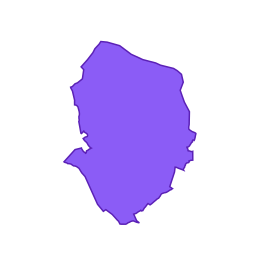 Ehime-Mbano, Imo, Nigeria, rotated 332°
{"feature_id": "59680162B95469939765095", "entity_name": "Ehime-Mbano", "entity_type": "district", "adm_level": 2, "iso_a3": "NGA", "parent_name": "Nigeria", "parent_adm1": "Imo", "projection": "robinson", "projection_center": [7.283, 5.671], "detail": "fine", "context": "isolated", "style": "filled", "palette": "violet", "viewbox_px": 256, "rotation_deg": 332, "n_neighbors": 0, "source": "geoboundaries", "source_scale": "gbopen_adm2", "svg_char_len": 2824}
<svg xmlns="http://www.w3.org/2000/svg" viewBox="0 0 256 256"><g transform="rotate(332 128 128)"><path d="M138.8,202.4L137.3,199.4L148.4,188.7L151.2,184.7L152.3,185.5L153.8,187.4L156.5,190.4L157.3,191.4L157.3,190.5L158.0,190.0L159.7,189.1L159.9,188.7L160.3,188.3L161.2,187.8L161.6,187.1L162.8,186.6L163.4,186.4L163.9,186.6L164.6,186.8L165.1,186.9L165.4,187.0L165.6,186.9L166.4,186.3L166.4,185.8L168.2,186.0L170.1,186.8L174.2,179.0L173.5,178.9L172.8,178.5L172.2,177.9L171.5,177.1L170.4,176.4L170.4,176.1L170.9,175.0L170.9,174.2L170.9,173.2L171.0,172.6L172.5,173.0L174.0,172.6L175.1,171.9L176.3,171.3L176.7,170.9L177.9,170.6L178.6,170.4L178.6,169.7L179.6,169.1L180.2,169.3L180.6,170.0L181.3,169.5L182.7,168.0L184.2,166.1L185.3,164.9L185.3,164.4L184.8,163.5L184.0,162.5L182.8,161.1L182.3,160.1L181.9,159.4L181.3,158.1L181.2,157.4L181.7,156.5L182.0,155.7L182.9,154.6L183.7,153.5L189.9,142.4L189.9,131.7L190.9,124.8L191.8,119.2L198.3,113.5L200.4,105.7L198.5,100.8L198.2,100.2L196.2,96.8L186.2,87.8L183.0,83.6L173.2,74.6L165.4,64.4L159.3,51.4L149.9,42.4L144.6,38.9L141.7,40.5L136.1,42.4L132.4,45.0L124.2,48.7L115.3,52.0L116.3,55.7L110.8,63.2L104.6,64.4L102.0,64.1L98.2,65.3L96.5,65.0L96.3,65.8L96.3,69.3L93.9,78.4L93.1,79.8L91.7,82.5L92.6,83.2L93.3,84.0L93.7,85.9L93.5,86.8L92.9,89.3L92.6,90.6L92.0,92.2L91.1,93.8L90.1,94.7L89.2,96.5L88.6,98.2L87.6,99.2L85.8,104.9L84.0,110.4L84.2,111.0L84.9,110.9L86.1,110.5L86.8,110.2L87.5,110.0L87.5,110.6L87.8,111.6L88.6,112.9L89.2,114.4L89.0,115.2L88.7,115.8L88.1,116.4L86.8,116.2L86.0,115.9L85.2,116.1L84.6,116.2L83.9,116.2L83.5,116.2L83.5,116.8L83.6,117.9L83.8,118.9L84.1,119.8L84.5,120.8L84.7,121.5L84.8,122.4L84.8,123.9L84.9,125.1L85.6,127.8L86.1,128.5L84.1,128.5L82.7,128.6L81.9,128.9L80.8,128.7L80.5,128.8L80.0,129.5L79.8,129.9L79.3,130.3L78.7,130.4L78.4,129.4L78.0,128.7L77.6,127.7L77.5,126.8L77.4,125.7L77.3,124.7L77.5,123.8L71.1,122.2L55.6,127.8L55.8,128.3L56.1,128.7L56.6,129.2L57.3,129.7L57.7,130.4L58.1,131.2L59.0,131.7L59.6,132.1L60.3,132.7L60.8,133.2L61.5,134.7L62.0,135.6L62.5,136.2L63.2,136.5L64.4,137.8L65.8,140.6L66.1,145.8L67.3,150.7L65.3,181.1L67.1,190.0L70.1,189.7L73.5,196.9L75.5,205.0L75.9,205.6L75.8,209.0L77.0,209.8L80.7,211.8L81.8,212.0L83.2,211.7L85.2,211.9L86.6,211.8L89.0,212.4L91.4,215.3L93.5,217.1L92.1,213.9L92.6,206.7L95.0,207.2L97.9,206.8L99.5,206.8L100.6,206.7L100.6,207.1L100.8,207.5L101.6,207.7L102.3,207.9L103.1,207.4L104.9,206.3L106.7,205.7L107.8,205.1L109.8,204.2L110.2,204.1L111.4,206.2L113.2,206.0L117.5,205.0L118.4,204.9L119.6,204.5L120.4,204.4L121.2,204.3L122.0,204.4L123.2,203.8L123.9,203.4L124.5,203.2L124.9,202.9L125.7,202.3L126.3,202.0L126.7,201.9L127.7,201.9L128.7,202.1L129.5,202.2L130.6,202.6L131.7,202.8L132.9,202.8L134.3,202.7L135.6,202.5L137.6,202.7L138.2,202.4L138.8,202.4Z" fill="#8b5cf6" stroke="#5b21b6" stroke-width="1.5"/></g></svg>